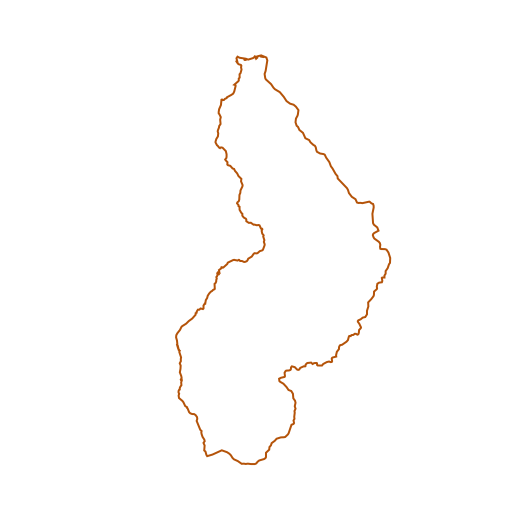 outline of Piauí, rotated 336°
{"feature_id": "BRA-622", "entity_name": "Piauí", "entity_type": "State", "adm_level": 1, "iso_a3": "BRA", "parent_name": "Brazil", "parent_adm1": "", "projection": "albers", "projection_center": [-42.942, -6.821], "detail": "fine", "context": "isolated", "style": "outline", "palette": "amber", "viewbox_px": 512, "rotation_deg": 336, "n_neighbors": 0, "source": "natural_earth", "source_scale": "10m", "svg_char_len": 6104}
<svg xmlns="http://www.w3.org/2000/svg" viewBox="0 0 512 512"><g transform="rotate(336 256 256)"><path d="M318.6,67.4L320.2,66.4L321.6,68.2L326.9,71.6L327.2,72.2L325.9,71.5L326.2,72.2L325.3,71.9L325.3,72.2L326.4,72.7L327.5,72.2L328.8,73.4L333.7,74.0L335.0,73.8L336.1,73.1L336.9,73.9L336.4,75.1L337.0,75.1L336.8,75.7L337.7,75.4L337.3,74.3L338.1,74.1L342.2,74.8L342.5,75.6L341.9,76.0L342.8,76.7L343.3,76.6L343.8,77.3L344.1,77.3L344.1,76.7L346.2,78.9L345.9,81.9L340.1,90.8L337.9,93.2L336.8,97.2L336.8,98.6L339.7,105.2L340.4,109.3L341.1,111.3L344.4,116.0L346.1,121.9L346.9,126.9L349.1,130.7L351.9,133.1L353.2,135.8L354.1,140.0L351.9,143.6L351.0,144.7L348.4,146.7L346.5,149.9L346.1,153.5L346.9,155.2L346.9,158.5L349.0,162.6L349.0,168.5L351.7,171.7L352.0,174.3L353.6,177.9L354.6,179.2L354.8,181.0L354.1,184.1L354.1,185.6L356.2,188.4L359.2,190.4L360.0,191.4L360.1,194.7L361.2,200.1L360.9,204.5L361.5,207.1L362.1,213.4L362.9,216.2L362.2,218.4L366.7,231.0L366.9,233.1L366.5,236.3L367.6,240.9L370.0,244.6L370.0,248.2L371.1,249.2L373.0,249.9L374.7,251.0L381.6,252.4L381.9,252.7L382.9,254.9L384.1,256.1L383.9,257.9L383.2,259.6L379.5,264.8L376.3,273.6L376.4,275.3L378.4,279.2L378.2,282.7L373.2,283.1L371.8,283.7L371.2,284.5L371.0,286.8L371.2,288.2L374.0,293.0L374.4,294.6L374.1,296.4L373.1,297.9L372.5,299.9L373.1,300.5L376.6,302.2L377.8,303.3L378.4,306.7L377.8,312.4L375.6,316.8L374.2,317.6L371.3,320.7L368.3,322.5L367.2,324.9L365.4,326.1L364.6,327.9L362.6,327.0L362.0,327.2L361.3,330.1L360.3,331.2L357.6,330.4L355.6,330.7L353.8,333.3L353.5,334.7L352.9,335.4L349.4,336.5L347.9,339.5L347.0,340.5L343.7,342.3L339.6,344.0L338.1,347.8L335.1,351.2L333.7,354.4L331.0,356.2L328.4,355.7L325.9,356.4L323.3,356.4L322.5,356.9L322.3,357.5L322.8,359.9L322.9,363.9L322.3,364.6L320.1,365.5L318.7,368.0L317.6,369.1L316.6,369.1L315.6,367.7L314.5,367.2L312.9,367.7L311.0,367.1L309.9,367.7L308.7,367.0L307.8,367.7L305.8,370.2L303.8,371.1L298.5,372.1L296.8,371.7L296.1,371.9L294.8,373.0L293.9,374.8L290.9,376.4L288.8,379.2L288.4,380.5L284.6,379.9L283.9,380.1L283.4,380.6L282.8,383.0L282.1,383.6L281.0,383.3L279.8,382.1L277.5,381.7L273.5,382.0L271.7,382.9L267.8,381.1L267.5,380.4L268.1,378.8L267.7,378.3L265.5,377.5L263.8,377.7L263.0,375.8L259.6,374.7L258.9,374.7L257.2,375.4L256.3,376.8L255.8,376.8L254.9,376.2L251.4,376.2L250.5,376.4L249.4,377.3L248.2,377.2L247.4,376.5L246.2,373.3L243.9,371.4L242.7,372.0L241.8,373.6L241.1,374.1L239.6,374.0L237.0,373.0L236.1,373.2L234.6,374.3L233.6,377.5L232.9,378.1L229.3,377.4L227.2,377.5L226.5,379.7L226.8,380.6L229.1,383.8L230.6,388.2L231.2,391.6L233.3,393.7L233.7,396.9L232.2,401.2L232.8,404.1L232.4,406.2L230.3,409.0L230.0,411.6L228.1,413.3L227.6,415.0L225.5,418.5L224.9,420.4L223.4,421.5L222.8,424.1L221.9,424.7L219.8,424.6L213.6,431.3L212.5,432.0L209.1,433.2L208.0,433.0L204.9,431.8L200.5,431.3L197.9,432.5L194.2,433.3L192.6,435.1L190.6,436.0L189.3,438.3L185.1,439.8L183.3,443.8L182.4,444.5L180.8,444.8L175.8,444.1L173.8,444.6L171.9,445.6L170.3,445.6L166.9,444.1L164.1,442.4L162.0,441.8L160.5,440.8L158.4,440.0L156.0,436.0L153.1,432.7L152.4,430.8L152.0,427.8L151.2,425.7L149.7,423.4L145.7,419.6L135.5,419.7L130.0,419.0L129.8,417.4L130.3,414.1L129.6,412.6L132.0,408.2L132.0,405.4L133.8,404.3L134.1,402.7L133.6,399.4L133.9,396.4L134.3,394.9L135.1,393.8L134.4,392.1L134.7,382.5L136.1,380.9L136.6,379.2L136.1,376.7L135.1,375.2L133.4,374.4L132.0,373.0L131.4,371.5L131.5,367.4L131.2,366.7L131.5,366.1L130.3,364.3L130.2,360.0L129.8,358.4L127.9,354.5L128.5,352.1L129.8,350.5L129.7,349.3L130.3,347.9L131.3,347.0L132.0,347.0L132.6,345.7L133.6,344.7L135.3,343.7L136.3,340.9L137.7,339.4L137.8,339.0L137.0,338.7L137.0,338.3L138.4,337.3L138.9,335.2L139.1,331.3L141.1,328.4L142.6,325.5L142.7,323.0L144.6,321.5L145.4,319.5L146.3,318.2L146.9,312.4L147.8,311.5L147.2,310.6L147.5,310.2L147.2,309.4L147.5,307.0L147.8,307.4L148.1,305.8L147.8,304.8L148.4,304.2L149.4,301.2L149.9,297.8L151.0,295.9L152.7,294.6L156.5,292.6L159.0,290.5L159.9,290.1L164.7,289.4L168.1,288.1L172.3,287.2L176.9,285.1L177.6,283.7L178.7,283.7L179.2,282.7L181.1,281.4L182.4,282.0L184.0,281.4L185.9,282.9L186.7,282.6L187.9,279.9L190.0,278.5L190.3,278.8L192.2,275.9L194.3,274.5L195.7,272.7L198.0,271.2L200.3,270.2L201.6,270.1L203.1,269.5L204.6,269.5L205.0,269.2L206.8,264.6L208.1,264.2L209.2,263.2L210.1,261.5L210.9,260.8L211.2,259.1L212.1,258.7L213.0,257.7L213.6,257.3L213.4,257.5L214.4,257.6L214.3,257.0L213.5,256.2L213.7,255.9L214.5,255.4L215.8,256.4L216.4,253.8L219.0,253.2L219.9,252.2L220.4,252.4L220.9,253.2L221.5,253.2L226.5,251.6L227.5,250.6L233.7,250.4L235.1,250.9L234.8,250.9L237.4,252.7L238.7,252.5L239.0,252.7L239.5,254.1L241.1,254.8L242.6,256.5L243.5,256.9L245.4,257.0L246.6,256.4L247.8,255.3L251.9,254.8L254.5,253.2L255.7,252.8L257.7,253.9L258.6,254.0L261.4,253.1L264.0,253.4L264.9,253.1L268.2,249.7L268.7,248.8L268.9,246.3L270.1,244.9L270.5,241.2L271.4,240.2L270.8,238.1L271.4,235.3L272.7,234.1L272.6,233.5L271.7,233.0L271.7,229.5L271.1,228.8L269.2,228.2L267.4,226.7L266.5,226.4L264.8,223.5L262.9,222.8L261.3,220.3L262.0,218.6L261.9,217.8L260.6,216.1L260.0,214.2L260.0,213.3L260.7,212.0L260.1,210.4L259.8,207.1L261.0,204.3L260.3,203.4L260.7,202.3L260.1,200.2L260.7,199.5L262.6,198.9L263.7,197.6L265.7,193.5L267.3,192.0L268.5,189.8L271.8,187.0L272.6,185.8L272.7,181.7L274.0,179.6L272.5,175.8L272.4,172.9L271.4,169.6L271.4,167.6L270.2,166.5L269.2,163.2L267.3,161.6L267.0,160.8L268.1,158.7L267.2,156.2L267.1,155.3L268.8,154.4L269.5,153.3L270.5,151.1L271.1,147.9L269.5,143.5L268.3,142.6L267.6,142.5L267.0,142.8L266.4,142.0L265.9,139.9L265.4,138.9L265.2,135.8L265.6,135.0L267.4,132.9L269.8,131.3L271.4,128.6L271.7,126.6L272.3,125.7L274.5,123.5L275.2,122.3L277.2,121.1L277.5,120.5L278.7,116.9L280.3,114.8L280.2,111.3L279.9,110.7L280.4,109.4L282.0,106.9L285.4,103.8L288.0,99.2L288.6,99.2L289.1,100.1L290.1,100.4L291.5,99.8L293.4,99.8L294.0,99.2L299.0,98.8L301.2,98.4L303.0,96.9L306.6,92.3L306.7,91.5L305.8,90.7L311.0,89.1L311.7,88.6L312.4,86.9L313.6,86.4L314.9,83.3L316.2,82.7L318.6,79.8L319.1,77.5L320.0,76.2L319.9,75.3L318.0,73.6L317.4,71.5L317.3,70.6L318.0,70.9L318.6,67.4Z" fill="none" stroke="#b45309" stroke-width="2"/></g></svg>